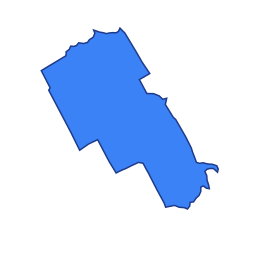 the district of Sapiranga, Rio Grande do Sul, Brazil, rotated 326°
{"feature_id": "56859067B79456883934450", "entity_name": "Sapiranga", "entity_type": "district", "adm_level": 2, "iso_a3": "BRA", "parent_name": "Brazil", "parent_adm1": "Rio Grande do Sul", "projection": "equal_earth", "projection_center": [-50.982, -29.624], "detail": "fine", "context": "isolated", "style": "filled", "palette": "blue", "viewbox_px": 256, "rotation_deg": 326, "n_neighbors": 0, "source": "geoboundaries", "source_scale": "gbopen_adm2", "svg_char_len": 1220}
<svg xmlns="http://www.w3.org/2000/svg" viewBox="0 0 256 256"><g transform="rotate(326 128 128)"><path d="M176.5,95.0L176.5,81.6L177.4,69.0L178.3,51.2L178.5,47.7L177.2,40.7L174.1,42.6L171.3,42.4L168.5,40.3L165.7,38.8L162.9,37.7L160.6,35.0L158.3,32.9L154.3,27.6L153.5,30.9L149.9,33.3L145.4,33.2L142.3,34.4L138.4,33.1L134.8,29.8L131.4,30.8L128.6,30.0L126.3,28.1L123.3,30.0L119.4,30.2L117.0,33.4L88.2,31.9L85.9,51.2L83.4,52.3L78.2,99.7L75.5,119.4L86.3,119.2L96.3,120.7L94.8,134.4L93.6,145.4L93.0,158.7L96.8,159.1L100.4,159.7L103.6,160.4L110.1,161.2L117.5,162.4L120.8,165.7L120.1,171.8L119.7,177.0L118.7,185.1L117.5,195.0L116.0,210.7L114.9,214.7L123.3,218.2L126.1,222.3L130.1,225.5L132.0,228.4L135.5,227.2L137.9,224.4L141.0,225.9L145.1,224.3L149.2,223.6L152.9,221.3L155.3,217.7L158.0,218.1L159.3,221.7L161.5,223.8L163.0,220.2L164.4,215.4L166.6,211.6L167.5,206.9L170.5,206.4L173.3,207.4L176.1,209.3L177.5,214.7L179.9,212.4L180.5,209.0L177.7,205.3L173.9,202.3L170.8,198.8L167.7,197.4L165.5,194.8L166.9,189.2L168.0,184.3L169.3,179.9L170.9,167.4L172.3,147.7L171.5,144.2L172.1,129.4L176.7,125.0L172.9,123.6L171.8,118.8L168.5,113.9L162.9,109.9L164.5,94.2L176.5,95.0Z" fill="#3b82f6" stroke="#1e3a8a" stroke-width="1.5"/></g></svg>